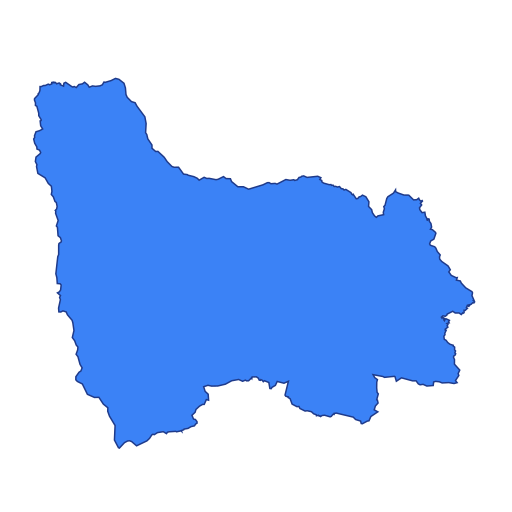 Medellín, Antioquia, Colombia (orthographic projection), rotated 357°
{"feature_id": "7082276B76690106408580", "entity_name": "Medellín", "entity_type": "district", "adm_level": 2, "iso_a3": "COL", "parent_name": "Colombia", "parent_adm1": "Antioquia", "projection": "orthographic", "projection_center": [-75.59, 6.269], "detail": "fine", "context": "isolated", "style": "filled", "palette": "blue", "viewbox_px": 512, "rotation_deg": 357, "n_neighbors": 0, "source": "geoboundaries", "source_scale": "gbopen_adm2", "svg_char_len": 5985}
<svg xmlns="http://www.w3.org/2000/svg" viewBox="0 0 512 512"><g transform="rotate(357 256 256)"><path d="M109.5,440.7L114.9,435.5L118.1,434.0L120.1,433.9L122.1,434.8L126.8,439.3L137.4,434.9L140.1,432.6L142.6,429.2L143.8,428.6L145.0,429.1L148.4,427.2L154.2,426.6L157.3,428.7L158.3,427.4L159.9,427.0L166.7,426.9L167.5,427.4L172.0,426.7L172.5,427.2L172.3,426.4L174.7,425.8L175.1,425.1L179.1,424.6L182.2,423.0L185.6,422.4L187.0,420.6L188.4,419.8L188.4,418.3L186.9,416.1L185.1,415.6L183.7,411.7L187.0,408.9L188.0,406.1L191.7,403.0L194.9,401.4L196.5,401.5L198.9,396.8L201.1,397.5L201.0,391.5L198.1,388.5L196.9,383.8L201.2,382.6L204.9,383.6L211.0,383.8L218.7,382.4L225.2,379.3L232.2,378.4L236.1,380.4L238.9,379.4L240.1,380.2L242.1,380.2L245.0,377.6L245.4,378.2L245.8,376.6L250.1,376.7L252.0,378.2L252.7,380.1L254.0,380.4L254.4,379.7L255.8,380.5L256.7,381.9L257.9,381.0L262.2,383.0L262.9,389.0L264.2,389.3L265.1,388.0L268.6,386.2L270.6,382.4L277.3,384.5L281.8,382.8L277.7,396.4L278.4,397.6L280.9,398.4L280.7,399.0L282.6,400.3L284.3,405.8L289.0,408.6L291.0,408.5L291.9,410.6L296.9,413.4L299.0,413.2L303.2,414.4L305.3,416.6L307.8,417.6L308.0,418.7L310.1,418.3L310.7,419.2L311.4,418.9L312.1,419.7L313.7,418.7L316.2,418.6L321.6,420.5L322.8,420.1L324.5,418.2L325.7,418.3L325.7,417.3L328.1,417.1L344.7,422.0L346.9,424.5L351.8,426.3L352.3,428.8L353.4,429.1L358.5,426.7L360.2,426.5L362.3,422.3L369.5,418.0L366.0,415.8L367.4,412.0L370.2,409.2L369.7,406.2L369.0,405.9L370.9,400.1L369.8,398.5L369.6,394.1L370.0,388.2L370.8,385.8L368.2,383.7L366.7,380.6L376.5,383.0L377.9,383.9L387.9,383.4L388.5,383.8L389.6,388.4L394.9,385.3L405.9,388.9L409.3,389.0L411.4,392.2L413.1,393.2L416.1,392.9L419.8,394.8L426.2,394.6L426.8,391.1L428.8,390.6L432.5,391.2L435.2,392.5L441.9,392.5L447.1,393.7L450.2,393.0L448.7,390.8L452.3,385.9L451.7,384.0L453.5,380.6L448.5,374.4L448.8,369.8L448.0,367.8L448.1,366.4L449.7,365.3L450.3,364.0L449.5,363.1L450.3,361.3L449.4,360.1L449.6,357.4L448.2,356.2L448.3,355.5L445.0,354.2L442.9,352.4L441.4,350.1L439.7,349.1L439.5,347.4L439.4,346.0L440.6,344.5L440.5,343.0L442.0,340.2L441.2,340.1L441.1,339.0L443.9,337.1L443.2,335.7L444.1,334.5L443.1,333.4L445.4,332.9L444.8,331.8L445.8,330.4L442.6,328.7L441.8,328.7L440.8,330.5L440.2,329.6L441.1,328.9L440.4,328.4L440.7,328.0L439.1,327.0L438.5,327.8L437.9,326.8L439.6,325.5L441.8,326.1L443.5,325.0L443.9,324.0L449.6,321.5L451.9,323.3L455.8,323.5L457.9,325.2L459.3,323.7L459.7,324.1L460.8,323.5L461.0,321.1L462.0,321.3L464.4,319.3L463.4,318.6L464.3,316.7L465.9,317.4L467.0,316.2L466.3,315.9L468.3,315.5L470.0,314.0L471.1,314.3L471.9,313.3L470.9,312.0L471.5,312.0L469.6,306.9L470.3,304.1L469.8,302.9L463.8,298.8L459.6,293.8L458.7,291.6L454.9,290.6L455.8,288.1L454.8,288.2L450.0,285.6L447.7,282.0L449.3,279.9L447.3,276.0L441.2,271.2L439.3,268.8L439.2,266.5L440.0,264.6L437.3,261.1L436.0,257.5L434.9,256.1L430.7,254.4L430.0,253.0L431.3,250.1L434.5,248.5L436.8,242.8L436.5,241.8L433.5,238.9L431.6,238.4L432.9,236.3L432.4,232.7L431.0,230.5L430.8,228.2L429.9,227.9L429.2,229.2L428.7,229.0L428.6,227.5L427.3,224.8L426.9,221.1L424.1,221.4L422.0,218.3L421.8,216.4L424.1,213.7L422.9,212.0L425.1,209.9L424.8,209.3L423.6,209.9L422.2,208.6L421.5,206.8L419.4,208.2L416.3,208.2L411.7,203.2L407.0,202.9L401.4,200.6L398.8,199.1L398.8,197.3L396.6,200.4L390.8,203.7L389.6,205.4L387.5,212.1L386.2,213.3L386.7,215.5L385.4,219.0L385.6,221.4L379.9,222.3L378.2,223.7L376.5,222.2L374.5,218.9L373.9,215.7L371.0,212.4L371.6,207.8L368.8,202.6L365.5,200.8L363.6,202.1L362.0,202.4L360.7,203.9L359.1,204.1L356.3,199.5L355.9,200.0L355.0,199.4L354.1,197.6L349.2,194.2L347.4,194.7L346.4,193.5L344.7,193.2L343.0,191.0L341.0,191.4L339.1,190.6L337.7,190.7L336.7,189.3L335.1,189.4L334.6,188.6L332.8,188.6L327.2,186.7L325.6,185.3L325.6,184.0L323.7,182.9L324.9,181.2L321.8,179.6L311.1,180.2L307.8,178.5L305.7,178.8L304.8,179.6L303.1,179.8L301.3,182.0L298.6,182.6L297.8,181.8L294.0,182.2L289.8,181.2L280.7,185.3L278.9,184.5L274.7,184.6L272.9,183.4L271.1,183.4L266.6,185.3L252.1,188.9L247.1,186.2L241.5,185.9L235.5,180.4L234.5,177.5L230.1,177.1L227.7,175.0L222.2,177.4L220.1,177.7L213.3,176.0L210.9,176.0L208.3,174.7L203.2,177.3L201.4,175.3L198.1,173.5L192.5,171.8L191.6,171.1L187.9,170.4L183.3,163.3L178.9,163.1L176.7,162.2L172.2,157.1L169.5,152.6L163.5,146.4L161.3,146.4L157.8,143.0L157.9,139.7L154.1,133.4L153.3,129.0L152.2,127.1L153.2,118.0L152.3,111.2L145.0,100.2L143.3,96.6L139.7,95.3L135.7,90.8L134.6,87.9L134.4,81.3L133.2,76.6L128.4,72.4L125.0,71.3L120.3,73.3L114.4,74.7L113.3,74.3L111.5,77.0L109.2,77.9L104.7,78.2L101.6,77.6L98.3,78.7L97.0,76.3L93.9,73.5L91.7,75.0L88.1,75.5L85.3,78.4L83.3,77.2L82.0,77.7L80.8,77.1L75.0,72.6L73.2,73.4L72.7,76.3L69.5,74.7L69.8,73.9L68.5,72.9L65.9,73.6L64.8,72.2L62.9,71.8L63.1,72.4L61.1,72.1L61.1,73.4L58.9,74.2L57.5,73.5L54.5,74.7L52.8,74.6L50.4,75.6L49.2,75.5L48.9,79.4L48.0,81.6L46.9,82.7L47.1,83.4L43.1,87.2L42.9,88.6L43.8,91.5L43.6,94.1L45.0,95.0L46.5,102.0L46.4,104.5L48.6,108.6L48.5,109.5L47.5,109.8L47.8,114.7L49.6,118.0L46.5,119.5L42.8,120.4L41.1,124.3L41.2,126.0L40.1,127.5L40.9,131.8L42.8,135.5L42.9,137.8L45.3,138.9L46.4,141.3L45.9,142.4L41.5,145.7L40.6,150.1L42.0,153.3L41.5,155.2L42.5,162.1L49.5,166.9L52.4,172.7L55.3,175.6L55.6,180.7L54.8,183.8L56.7,186.3L58.1,191.0L59.4,192.1L60.0,196.2L59.3,198.7L57.9,200.0L58.4,200.7L58.1,202.9L60.3,210.2L58.2,215.6L59.2,216.9L59.4,225.4L61.6,227.4L62.5,230.7L62.1,231.8L59.9,233.2L59.5,234.9L59.0,244.2L58.0,246.3L55.2,263.3L56.0,267.3L56.1,273.1L59.0,273.5L59.9,274.8L59.1,279.7L57.7,281.5L55.8,282.4L58.7,285.3L57.7,287.1L58.4,289.3L56.1,297.7L56.2,301.5L58.2,301.7L60.3,300.7L63.5,301.9L64.6,304.8L69.0,310.6L69.6,313.2L70.3,320.9L68.3,327.8L70.5,331.2L71.8,335.5L73.4,337.6L73.0,340.4L71.2,344.7L72.9,347.2L74.6,355.0L76.5,358.6L75.1,361.7L73.2,362.8L69.8,367.1L69.6,370.2L71.0,371.9L75.9,374.7L80.4,385.3L87.3,388.8L91.7,388.9L95.8,395.9L100.1,399.8L99.8,403.3L101.3,408.3L106.4,417.9L105.0,432.4L108.6,440.2L109.5,440.7Z" fill="#3b82f6" stroke="#1e3a8a" stroke-width="1.5"/></g></svg>